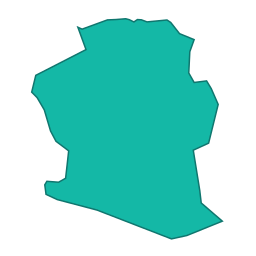 outline of Hampton, Virginia, United States of America, rotated 92°
{"feature_id": "52423323B9721740762179", "entity_name": "Hampton", "entity_type": "district", "adm_level": 2, "iso_a3": "USA", "parent_name": "United States of America", "parent_adm1": "Virginia", "projection": "orthographic", "projection_center": [-76.376, 37.054], "detail": "fine", "context": "isolated", "style": "filled", "palette": "teal", "viewbox_px": 256, "rotation_deg": 92, "n_neighbors": 0, "source": "geoboundaries", "source_scale": "gbopen_adm2", "svg_char_len": 681}
<svg xmlns="http://www.w3.org/2000/svg" viewBox="0 0 256 256"><g transform="rotate(92 128 128)"><path d="M85.7,46.2L78.2,51.1L80.2,63.5L70.9,69.2L49.6,68.9L37.4,65.0L31.9,79.8L21.0,89.0L18.7,92.8L21.3,112.7L19.4,118.4L19.3,122.4L21.8,125.8L19.7,130.5L18.9,134.1L20.0,143.7L20.7,152.4L30.8,177.3L29.1,181.6L51.1,172.7L78.6,222.0L95.5,225.5L100.8,219.9L112.8,212.3L133.7,205.3L143.8,199.5L152.9,186.5L166.4,187.5L180.4,188.6L184.6,195.5L184.1,207.2L187.7,209.2L197.2,207.6L202.0,196.2L211.1,156.1L214.2,147.2L225.9,113.5L237.3,80.7L233.4,65.4L217.8,30.5L200.4,52.2L188.0,54.1L147.9,62.0L140.3,46.9L101.3,38.7L85.7,46.2Z" fill="#14b8a6" stroke="#0f766e" stroke-width="1.5"/></g></svg>